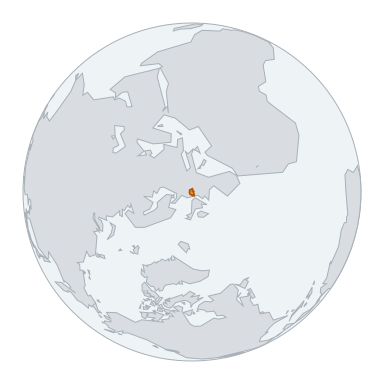 globe centered on Belgium, rotated 219°
{"feature_id": "BEL", "entity_name": "Belgium", "entity_type": "country or territory", "adm_level": 0, "iso_a3": "BEL", "parent_name": "Europe", "parent_adm1": "", "projection": "orthographic", "projection_center": [4.727, 50.501], "detail": "fine", "context": "on_globe", "style": "filled", "palette": "amber", "viewbox_px": 384, "rotation_deg": 219, "n_neighbors": 0, "source": "natural_earth", "source_scale": "50m", "svg_char_len": 11459}
<svg xmlns="http://www.w3.org/2000/svg" viewBox="0 0 384 384"><g transform="rotate(219 192 192)"><circle cx="192" cy="192" r="169" fill="#eef3f6" stroke="#a8b0b8"/><path d="M24.1,210.7L24.0,209.5L23.6,203.8L25.1,203.2L26.1,192.4L25.9,188.1L24.9,188.4L25.6,172.6L27.7,162.4L39.6,119.5L43.0,113.0L46.3,107.8L67.0,80.8L50.3,100.6L55.2,93.4L62.2,84.7L62.1,85.3L71.9,75.4L78.6,68.9L92.1,59.7L105.0,56.7L100.5,59.5L104.1,58.7L110.0,55.4L112.9,53.4L133.2,48.9L153.2,42.2L157.4,38.5L158.1,40.8L164.6,33.1L174.1,30.0L164.7,34.6L164.7,36.0L171.8,34.2L173.3,35.3L177.7,35.2L178.9,36.8L173.3,39.8L174.0,41.0L179.0,39.7L183.3,40.8L175.9,42.4L182.8,44.6L174.7,50.7L153.9,55.1L150.6,61.1L132.5,72.7L135.3,73.4L130.3,78.8L131.7,81.7L127.9,83.4L132.4,84.4L135.6,82.3L138.6,82.2L139.7,83.8L135.1,86.1L133.8,85.6L133.1,87.1L130.3,87.6L132.3,88.3L126.6,91.1L133.9,90.9L130.7,95.2L126.4,96.4L124.8,93.0L110.8,88.2L106.0,88.9L100.9,93.1L95.6,107.7L91.1,110.1L86.6,115.9L90.0,115.9L94.7,111.5L99.9,113.3L105.1,108.0L108.0,108.1L114.1,104.4L115.4,108.7L113.3,115.0L108.2,118.4L107.2,121.4L113.8,121.4L106.1,131.3L104.1,144.3L101.8,146.6L94.3,144.9L89.7,136.4L79.9,135.5L88.5,140.0L82.8,146.4L82.7,149.3L84.3,151.4L87.4,150.6L85.9,153.8L76.9,150.1L78.1,147.2L80.9,148.3L78.7,144.5L72.6,142.6L70.2,146.3L63.5,140.7L61.7,143.4L59.2,143.8L62.6,139.8L56.4,147.1L48.2,143.6L39.7,156.3L45.6,141.5L46.3,135.4L46.3,129.5L44.8,131.4L46.9,121.8L45.3,118.3L39.6,124.7L34.8,134.6L33.0,144.0L34.9,142.9L34.9,148.8L29.8,154.6L29.1,167.8L26.3,174.6L25.4,182.1L26.2,186.8L26.8,194.8L28.9,194.4L31.6,198.6L29.8,205.3L32.7,203.1L33.2,210.0L39.6,222.9L38.7,223.4L43.8,241.9L52.2,256.7L54.2,264.0L52.9,265.6L56.4,270.3L56.5,272.2L73.3,289.9L84.0,301.7L85.1,307.7L78.9,308.6L79.9,316.7L70.6,309.4L71.4,310.3L63.0,301.1L55.3,291.3L48.3,280.9L42.2,270.1L36.8,258.8L32.3,247.2L28.7,235.2L25.9,223.1L24.1,210.7ZM37.1,159.6L36.5,178.3L34.5,171.5L35.3,171.9L35.9,166.3L36.3,157.9L35.2,152.6L37.1,159.6ZM42.2,159.0L42.1,156.3L42.5,158.5L42.2,159.0ZM114.0,52.4L109.9,55.2L104.1,58.0L107.3,55.5L114.0,52.4ZM125.3,48.1L123.8,49.5L119.9,49.7L122.0,48.8L125.3,48.1ZM160.0,35.8L156.4,37.0L159.4,35.5L160.0,35.8ZM178.0,35.0L178.6,34.3L180.6,34.6L178.0,35.0ZM113.0,102.3L113.5,103.3L112.1,103.5L113.0,102.3ZM115.2,99.8L113.2,99.3L113.9,98.1L115.1,98.4L115.2,99.8ZM184.3,37.3L187.4,38.1L183.3,37.8L184.3,37.3ZM117.5,100.8L115.4,95.9L116.8,93.8L122.6,93.5L117.5,100.8ZM188.5,38.9L196.1,41.0L197.9,39.7L197.0,45.1L190.9,41.2L185.6,41.0L188.6,40.1L188.5,38.9ZM136.1,81.0L132.7,83.2L134.5,79.9L136.1,81.0ZM136.4,78.9L137.4,69.6L142.9,67.3L141.5,70.8L147.8,66.9L150.0,70.4L147.0,73.3L143.0,74.0L146.9,74.9L136.4,78.9ZM195.3,47.9L196.3,48.9L194.2,48.4L195.3,47.9ZM139.9,81.8L139.6,80.1L144.4,77.9L145.8,81.2L143.8,80.8L139.9,81.8ZM148.3,64.3L152.1,63.4L154.9,66.0L156.8,66.0L150.5,70.3L148.3,64.3ZM143.3,82.1L146.4,82.9L145.2,85.5L140.5,83.5L143.3,82.1ZM145.0,76.1L147.3,75.3L146.5,76.7L145.0,76.1ZM142.7,95.4L142.3,93.0L144.7,91.7L142.7,95.4ZM147.6,83.0L148.0,82.2L149.0,81.4L150.7,82.5L147.6,83.0ZM152.9,71.9L153.3,73.2L155.6,70.2L157.8,72.2L153.2,74.8L156.1,74.5L156.8,75.1L152.3,76.6L152.9,71.9ZM155.2,81.5L150.1,85.7L150.4,90.2L148.2,91.4L148.2,84.0L155.2,81.5ZM153.9,78.4L154.2,80.6L151.4,80.9L149.4,79.7L153.9,78.4ZM161.0,72.7L158.8,69.0L159.9,68.6L161.0,72.7ZM155.9,82.7L157.1,81.6L156.2,82.9L155.9,82.7ZM160.0,75.6L159.1,74.3L160.4,73.9L160.0,75.6ZM160.3,80.7L158.6,82.0L157.2,81.2L160.3,80.7ZM160.6,78.3L162.6,78.0L157.7,80.1L160.0,77.8L160.6,78.3ZM161.4,75.4L161.8,74.7L161.6,76.0L161.4,75.4ZM166.5,83.3L160.7,86.2L157.7,84.2L163.7,81.7L166.5,83.3ZM359.5,169.5L359.2,167.8L359.1,169.3L357.2,161.7L353.5,155.4L354.4,163.5L352.5,159.3L347.5,157.4L347.8,169.0L349.4,193.7L352.6,205.6L351.9,215.3L343.4,207.7L337.8,198.5L335.9,203.7L326.3,201.8L313.0,216.5L310.1,214.8L307.8,219.1L300.9,220.7L296.0,217.2L292.3,220.6L305.0,229.4L308.9,225.7L310.7,216.7L313.6,220.9L320.2,220.2L316.6,239.3L295.2,267.7L291.4,259.5L266.3,241.2L266.1,237.5L266.0,237.2L265.6,236.6L265.0,242.9L260.1,238.6L275.3,254.1L278.6,261.6L294.9,268.5L293.8,270.7L298.6,270.9L311.6,257.6L312.1,260.7L306.9,279.2L287.3,307.9L289.0,316.0L285.9,324.0L271.6,334.6L270.8,338.2L263.1,342.5L261.2,344.6L253.9,348.4L242.4,352.9L225.0,357.2L225.6,356.3L219.4,355.1L211.5,346.8L217.6,340.4L216.7,335.5L204.0,324.1L206.9,315.9L203.1,312.7L195.4,314.0L190.8,309.9L186.0,309.8L155.0,310.7L144.5,303.3L129.9,281.3L134.8,274.4L134.0,264.3L166.6,233.2L175.4,235.9L203.2,230.1L207.0,231.1L205.7,240.1L228.2,246.9L233.1,238.6L251.4,238.9L262.3,234.4L262.7,217.1L244.8,224.2L239.7,217.4L252.4,205.0L267.8,198.9L266.3,196.1L254.9,193.6L256.8,186.1L250.8,192.2L254.5,194.2L250.8,198.3L247.3,196.7L248.1,194.0L242.9,194.5L240.5,207.7L244.0,211.2L231.6,217.2L236.2,223.8L233.5,228.1L224.7,218.8L224.2,214.6L209.3,205.1L208.6,210.0L222.7,219.4L219.0,219.3L218.3,226.6L216.0,220.9L200.8,209.8L188.5,213.8L175.8,231.6L168.0,232.8L160.2,228.9L161.9,211.1L179.1,210.5L179.9,204.7L173.9,196.2L179.7,196.9L179.3,193.6L185.6,193.0L192.0,184.4L197.9,182.9L198.1,172.4L201.2,170.4L200.2,177.1L202.7,181.2L217.3,177.9L219.5,175.1L218.4,168.7L222.5,168.8L219.6,163.0L226.9,158.2L215.6,159.4L214.0,152.4L217.1,145.8L214.6,143.9L209.6,154.6L209.4,158.8L212.5,161.9L210.2,174.1L205.7,176.9L200.4,165.3L193.4,168.2L192.4,158.4L206.6,134.7L213.7,128.9L230.4,133.0L230.1,138.0L223.9,138.8L231.8,144.1L230.1,140.7L233.6,141.0L232.9,134.8L235.3,134.7L230.6,129.1L233.5,128.4L236.4,131.9L238.0,122.6L243.4,119.7L242.5,117.7L240.2,116.3L248.6,113.8L247.6,112.4L244.5,112.7L240.5,110.3L236.7,105.1L239.9,104.5L241.6,106.3L250.0,109.3L254.3,114.4L255.1,113.7L252.2,109.1L242.0,105.4L238.8,102.5L243.8,103.6L241.8,103.0L241.2,101.3L243.5,99.3L238.1,97.9L227.5,82.4L231.0,77.2L236.6,79.6L232.4,69.2L236.7,65.0L233.8,65.1L229.8,60.7L228.5,62.0L226.8,61.8L216.0,52.0L215.9,49.5L208.0,46.1L206.5,46.3L206.2,47.9L197.0,45.1L197.9,39.7L201.2,39.5L199.5,36.5L207.4,36.7L213.1,35.7L222.7,38.0L226.3,37.3L225.2,36.3L229.4,34.8L241.8,36.0L236.6,39.5L219.0,40.2L226.6,40.1L226.3,41.6L229.9,42.6L235.2,42.6L234.9,41.6L250.8,50.4L266.3,55.5L261.7,50.7L263.0,49.0L276.7,52.3L301.2,69.0L303.2,68.2L306.1,70.0L310.6,74.7L306.4,72.0L307.2,74.4L304.1,72.4L309.9,79.5L305.8,77.0L312.2,84.1L314.4,84.2L310.8,78.6L318.2,86.3L319.9,84.9L324.7,89.1L337.3,107.0L343.2,119.2L344.5,121.5L344.4,123.4L348.0,131.9L351.0,135.1L352.2,138.4L356.3,152.6L355.7,150.4L355.6,155.2L358.3,164.7L358.5,163.3L359.5,169.5ZM157.7,251.3L157.3,254.4L157.3,254.5L157.7,251.3ZM285.8,200.2L293.9,194.9L287.2,187.4L289.8,184.8L286.6,183.4L286.7,186.9L278.4,182.3L280.8,176.7L278.3,172.9L275.5,174.5L272.4,185.6L284.2,192.1L283.7,197.6L285.8,200.2ZM39.9,223.2L40.4,226.0L39.2,224.0L39.9,223.2ZM32.9,173.2L33.4,176.1L33.2,178.6L32.6,176.8L32.9,173.2ZM39.8,196.4L40.9,200.1L39.2,197.4L39.8,196.4ZM36.7,181.1L38.8,193.7L35.6,189.3L34.5,181.4L36.0,185.3L36.7,181.1ZM39.4,161.5L39.5,163.7L38.6,164.4L39.4,161.5ZM42.5,160.7L42.3,160.1L42.8,158.3L42.5,160.7ZM83.3,146.6L84.0,147.0L85.0,149.6L83.4,149.3L83.3,146.6ZM96.6,156.6L93.9,161.5L94.7,157.6L91.9,157.9L90.1,150.4L100.6,147.5L96.2,150.0L96.6,156.6ZM90.6,139.9L90.5,144.8L90.2,139.6L90.6,139.9ZM171.4,176.6L174.3,178.8L173.1,182.8L165.5,185.5L167.2,179.6L171.4,176.6ZM178.7,181.0L175.6,169.3L180.2,167.5L178.1,170.4L181.5,170.4L179.1,175.2L186.6,185.3L186.0,189.5L172.3,191.6L177.1,188.5L173.9,186.4L178.7,181.0ZM159.4,145.5L158.1,141.2L169.8,142.6L169.6,146.6L162.1,149.2L157.8,146.2L159.4,145.5ZM128.2,101.5L126.9,100.3L128.2,99.6L130.3,100.0L128.2,101.5ZM142.3,94.4L135.0,106.1L133.2,105.3L131.1,113.5L125.5,114.7L127.0,109.2L121.2,116.5L120.3,112.0L116.9,117.3L120.9,105.0L120.0,101.5L123.2,104.9L128.3,103.9L130.3,102.4L135.0,95.8L135.5,88.2L140.6,86.2L144.2,86.9L144.9,88.4L141.3,89.1L144.8,90.7L140.1,92.9L142.3,94.4ZM182.8,100.3L178.3,99.7L184.5,104.7L179.9,106.3L180.9,106.8L178.4,109.7L177.0,114.3L174.6,114.5L175.1,116.2L173.4,118.3L173.3,120.8L169.0,122.0L168.5,125.2L166.7,124.0L167.1,129.2L164.9,126.0L162.5,128.6L165.9,130.4L142.8,132.8L134.8,136.9L129.3,142.2L126.3,136.4L129.5,127.8L136.0,119.2L144.2,116.3L141.3,114.4L144.4,112.5L145.3,114.8L145.7,110.2L148.5,109.3L154.2,102.6L153.0,96.8L155.1,94.3L157.0,96.2L157.8,92.5L162.7,94.4L164.3,92.8L170.8,93.2L173.4,98.0L175.0,95.8L180.0,96.3L182.8,100.3ZM168.3,83.6L172.6,88.6L172.1,92.1L161.0,89.9L158.9,91.1L151.8,90.2L152.6,85.3L154.5,86.0L156.6,85.5L155.5,87.2L158.0,85.5L160.8,86.5L163.4,85.4L164.1,87.3L168.3,83.6ZM210.1,227.2L212.9,227.2L216.9,226.1L216.4,230.8L210.1,227.2ZM199.6,219.9L201.9,219.0L203.3,224.8L200.5,225.0L199.6,219.9ZM202.0,213.7L202.0,218.5L200.3,216.0L202.0,213.7ZM202.2,176.0L204.5,174.8L205.2,176.2L204.5,178.7L202.2,176.0ZM200.3,116.4L197.8,115.3L198.2,114.3L195.0,109.6L198.2,108.2L201.4,110.4L200.3,116.4ZM260.3,221.2L257.9,225.6L255.9,224.8L257.1,223.4L260.3,221.2ZM236.6,229.4L242.6,229.8L236.4,230.7L236.6,229.4ZM203.2,114.1L201.5,112.3L204.2,112.7L203.2,114.1ZM200.4,106.9L203.2,106.9L198.2,107.5L200.4,106.9ZM308.8,308.0L295.2,324.7L289.0,328.8L289.5,326.9L295.7,318.3L303.5,311.4L307.8,305.4L308.8,308.0ZM360.6,181.0L360.2,180.5L360.1,175.9L360.1,174.5L360.6,181.0ZM353.1,206.0L355.5,209.2L354.8,213.0L353.1,206.0ZM346.2,124.3L347.5,128.1L346.7,126.8L344.5,121.2L346.2,124.3ZM328.4,93.0L331.5,96.8L332.8,98.8L331.9,97.8L328.4,93.0ZM228.0,101.5L228.9,109.4L231.6,114.6L236.4,116.6L230.0,117.4L225.8,109.3L228.0,101.5ZM227.2,84.7L223.0,83.3L224.5,81.9L225.7,82.0L227.2,84.7ZM224.9,85.2L220.3,87.4L217.7,85.4L221.8,84.0L224.9,85.2ZM211.9,100.4L211.9,102.7L209.8,102.3L211.9,100.4ZM303.6,66.0L302.0,65.0L299.3,62.4L301.1,63.8L303.6,66.0ZM288.8,54.1L298.0,61.5L305.1,68.1L304.6,67.1L309.2,71.0L308.1,71.0L300.6,64.5L295.9,60.0L291.9,57.5L286.4,53.5L282.5,51.9L279.0,49.8L281.1,50.0L288.8,54.1ZM281.0,51.4L272.3,48.2L268.7,44.8L269.7,44.8L275.3,47.6L276.9,49.2L281.0,51.4ZM269.2,46.6L270.6,48.2L260.9,48.9L258.0,48.3L263.4,45.4L265.1,46.9L268.1,47.5L269.2,46.6ZM197.7,48.3L196.4,48.9L196.6,47.8L197.7,48.3ZM226.1,62.6L223.8,62.1L224.1,60.7L226.1,62.6ZM217.7,60.2L219.0,62.0L216.3,60.3L217.7,60.2ZM222.1,66.2L218.9,62.9L223.8,65.8L222.1,66.2Z" fill="#d9dde1" stroke="#a8b0b8" stroke-width="1"/><path d="M191.1,189.4L191.2,189.5L191.3,189.5L191.4,189.4L191.5,189.2L191.7,189.3L191.8,189.3L192.1,189.1L192.2,189.3L192.4,189.3L192.5,189.2L192.6,189.3L192.7,189.5L192.9,189.7L193.1,189.8L193.3,189.7L193.5,189.8L193.9,190.0L194.0,190.1L194.0,190.3L193.9,190.5L193.7,190.9L193.7,191.0L193.8,191.1L194.0,191.2L194.4,191.2L194.4,191.3L194.6,191.4L194.7,191.6L194.8,191.7L194.7,191.8L194.8,192.0L195.0,192.1L195.0,192.3L195.1,192.5L194.7,192.8L194.6,193.0L194.4,193.0L194.2,193.2L194.1,193.4L194.0,193.6L193.9,193.7L193.9,193.8L193.9,194.0L194.0,194.2L194.1,194.3L194.2,194.5L194.1,194.8L193.9,194.8L193.7,194.9L193.4,194.8L193.2,194.6L193.1,194.4L192.9,194.4L192.6,194.2L192.4,194.1L192.2,193.9L192.2,193.7L192.3,193.1L192.2,193.0L191.9,193.3L191.9,193.5L191.7,193.6L191.3,193.6L191.0,193.6L190.9,193.6L190.9,193.4L191.0,193.3L191.0,193.2L190.9,193.1L190.9,192.9L191.0,192.7L190.7,192.5L190.4,192.5L190.2,192.4L190.2,192.5L189.9,192.1L189.7,192.0L189.4,192.0L189.3,191.9L189.2,191.7L189.1,191.3L189.1,191.2L188.8,191.2L188.6,191.3L188.3,191.2L188.2,191.0L188.0,190.8L188.0,190.7L187.9,190.3L187.9,190.2L188.7,189.7L189.2,189.5L189.5,189.4L189.5,189.6L189.6,189.8L189.8,189.7L190.1,189.7L190.2,189.8L190.3,189.8L190.5,189.9L191.0,189.6L191.1,189.4Z" fill="#f59e0b" stroke="#b45309" stroke-width="1.5"/></g></svg>